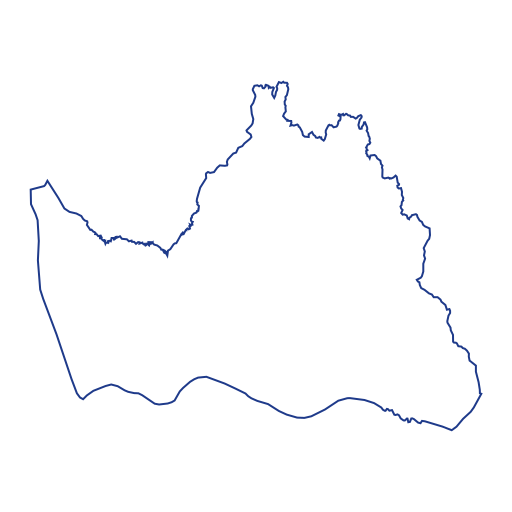 Nakay, Khammouan, Laos
{"feature_id": "54806243B86213796006306", "entity_name": "Nakay", "entity_type": "district", "adm_level": 2, "iso_a3": "LAO", "parent_name": "Laos", "parent_adm1": "Khammouan", "projection": "robinson", "projection_center": [105.229, 17.931], "detail": "fine", "context": "isolated", "style": "outline", "palette": "blue", "viewbox_px": 512, "rotation_deg": 0, "n_neighbors": 0, "source": "geoboundaries", "source_scale": "gbopen_adm2", "svg_char_len": 6050}
<svg xmlns="http://www.w3.org/2000/svg" viewBox="0 0 512 512"><path d="M481.3,393.8L479.9,393.2L479.8,389.8L478.6,382.2L475.9,371.7L475.9,365.6L469.6,360.6L468.8,356.7L468.9,353.6L466.9,350.6L464.8,348.7L462.8,348.1L461.4,346.6L458.3,346.2L456.9,343.4L455.9,342.7L454.0,342.6L453.1,341.7L453.0,334.9L450.8,330.3L450.5,327.6L447.5,322.7L447.3,321.2L448.5,315.6L450.1,313.0L450.1,310.7L449.4,309.1L446.9,309.7L445.4,305.0L441.4,301.7L440.5,299.6L437.6,297.2L433.7,297.2L431.9,294.5L429.0,293.4L424.5,289.8L421.2,288.1L419.8,285.0L419.4,282.3L417.9,281.5L416.8,279.8L420.8,277.7L421.9,276.2L423.3,271.5L423.3,263.7L425.1,258.6L424.0,255.4L424.8,251.5L423.7,248.1L427.6,240.7L429.2,238.8L430.0,235.1L429.6,228.4L425.0,226.4L423.2,224.9L421.9,221.9L419.6,220.5L417.4,216.8L417.0,215.0L415.9,214.2L411.9,215.2L411.2,216.5L409.3,217.9L409.1,219.2L407.7,218.5L406.8,215.5L404.1,214.3L402.7,214.7L401.2,213.0L402.6,210.0L401.2,208.5L400.5,206.4L401.5,205.2L401.9,201.9L403.2,200.5L402.8,200.0L403.3,198.0L401.8,195.0L402.0,191.8L401.0,188.1L398.9,188.5L397.6,187.5L397.3,185.7L399.0,184.8L399.1,184.1L397.7,182.6L396.7,176.7L395.6,175.6L393.5,177.5L391.2,178.5L390.0,178.1L389.7,178.6L388.3,177.6L384.7,178.4L382.7,177.5L382.3,176.5L382.5,169.5L381.9,167.3L382.5,165.7L381.0,164.0L380.4,160.7L377.2,158.4L376.1,156.2L374.6,155.0L370.5,155.5L369.7,158.3L369.0,156.9L367.3,155.8L367.3,154.7L366.2,153.3L366.5,152.2L366.1,151.1L367.5,150.1L366.5,148.9L366.6,147.6L366.2,147.4L367.8,144.5L369.4,144.1L370.3,142.7L369.4,140.9L369.8,138.7L369.2,136.6L368.6,136.0L368.1,133.1L366.6,130.6L367.3,129.3L367.1,127.3L365.0,122.2L364.0,122.4L363.6,124.5L361.8,127.0L361.7,128.6L360.1,128.9L359.4,128.5L358.4,125.0L359.8,119.7L361.5,117.5L361.7,116.2L360.8,115.1L358.2,116.2L357.1,117.7L355.7,118.6L353.2,116.9L350.8,116.9L350.1,115.6L348.1,115.3L346.7,114.0L346.1,113.8L344.0,115.4L343.3,115.3L343.0,114.0L341.1,114.9L339.0,114.1L338.4,115.5L340.6,116.6L340.4,119.4L339.9,120.5L339.0,120.6L338.1,122.3L338.3,123.1L337.3,125.7L336.5,126.6L333.6,127.3L331.6,125.2L329.8,125.3L329.3,124.8L328.5,125.3L325.8,130.5L325.7,132.6L326.2,134.4L324.8,139.1L323.7,140.6L321.3,138.8L321.2,137.4L320.0,137.5L319.5,136.9L317.7,137.9L315.9,137.5L315.2,136.0L313.5,134.8L312.0,132.0L308.7,134.3L308.7,137.0L304.6,136.6L302.9,135.1L302.2,131.9L299.8,127.4L298.6,126.6L298.4,125.4L297.3,124.5L293.9,125.6L292.2,125.1L290.5,125.6L291.4,122.7L291.2,121.0L287.3,120.8L287.5,119.8L286.2,119.5L283.1,116.1L284.1,113.6L285.8,111.4L285.4,107.3L285.7,105.8L284.8,104.5L284.6,101.6L285.7,99.4L285.4,97.0L286.9,95.1L288.3,89.2L288.0,87.3L287.0,85.8L287.7,84.0L287.0,82.8L284.1,82.7L283.3,81.8L281.4,83.0L278.9,82.1L276.5,86.8L277.2,88.2L277.1,89.9L276.0,91.9L275.3,95.5L274.2,97.9L272.2,94.5L272.3,92.0L273.9,88.0L273.1,87.3L270.6,87.8L269.9,87.0L268.8,87.9L268.5,85.8L265.9,84.8L265.4,85.3L265.6,86.5L264.0,88.3L262.7,88.1L261.8,85.7L260.9,85.3L259.1,86.3L257.4,85.3L254.4,85.8L252.8,89.2L252.8,90.2L255.2,94.9L255.4,96.7L253.3,102.8L251.0,106.3L251.8,113.9L253.3,119.1L252.9,121.5L252.6,123.4L251.3,125.5L246.5,130.4L247.0,131.8L250.7,134.5L251.4,137.0L249.9,138.9L244.3,143.5L242.3,146.1L238.3,147.8L236.1,152.6L233.3,153.5L227.7,159.5L226.9,161.9L227.4,164.5L227.1,165.4L224.9,165.8L219.8,165.4L217.2,167.7L214.0,172.1L210.1,172.9L208.0,172.0L206.2,173.3L205.9,174.0L206.2,178.1L200.2,187.6L197.0,198.8L196.7,201.2L196.9,202.1L197.6,202.5L197.3,204.4L198.9,205.9L198.6,209.1L198.3,209.2L198.4,210.7L197.7,211.3L197.0,211.1L196.4,212.6L194.0,213.5L191.9,215.9L191.9,217.6L191.3,217.8L190.9,218.8L191.0,220.6L191.8,221.7L192.7,221.9L192.0,223.3L192.4,224.7L191.0,225.1L190.1,224.6L190.6,226.0L190.3,226.2L189.8,225.6L189.3,226.0L190.0,228.6L188.7,229.3L187.4,228.5L186.4,229.5L186.4,230.2L185.8,230.1L184.2,233.0L183.5,232.7L183.5,234.2L182.6,234.4L182.3,233.4L181.7,234.4L181.4,234.1L176.3,243.2L174.8,243.4L173.6,244.3L170.3,249.2L168.0,250.6L167.3,255.6L166.5,254.1L166.4,251.9L164.6,251.8L165.9,253.5L164.2,252.7L163.3,250.9L164.2,250.4L162.6,249.6L161.3,249.7L160.3,247.8L157.3,245.5L154.2,244.6L152.8,243.3L152.7,242.3L151.0,243.7L150.6,243.1L151.4,242.8L151.3,242.2L148.4,242.1L148.4,243.3L149.5,243.8L149.1,245.4L146.9,243.6L145.7,244.4L145.9,245.3L145.5,245.5L144.8,243.9L144.1,244.5L142.7,243.5L142.4,242.6L139.5,243.6L139.7,242.4L138.9,242.1L138.1,242.1L136.0,243.8L134.2,241.9L132.0,241.8L131.6,240.6L128.9,241.3L126.9,239.3L121.9,238.8L120.0,236.3L116.6,237.8L116.6,236.8L115.5,237.0L115.1,237.5L115.6,238.4L114.3,239.5L113.9,239.5L114.0,238.0L111.6,238.0L110.8,241.3L109.5,240.8L108.0,241.1L107.8,241.9L108.9,243.4L107.9,242.7L105.8,242.8L105.4,243.7L105.1,242.8L105.2,240.7L104.7,240.8L104.6,241.7L103.5,240.7L103.7,240.1L102.6,240.2L101.3,238.5L100.0,238.3L99.9,237.1L101.4,237.0L100.7,235.6L98.2,236.1L96.6,234.2L95.2,234.1L95.5,233.0L94.6,232.1L93.4,231.7L91.5,229.7L90.3,229.9L86.9,224.9L87.5,222.5L87.2,221.3L84.8,220.5L83.1,218.9L81.3,216.0L76.4,213.5L69.5,211.9L64.4,208.5L58.4,198.0L47.4,180.8L45.2,185.0L44.1,186.1L30.7,189.6L31.0,204.2L35.6,214.3L37.6,220.2L38.8,241.0L37.9,260.4L40.2,289.6L43.2,298.9L56.5,334.3L71.5,379.0L76.9,393.3L80.0,397.5L83.1,399.2L86.9,395.4L93.4,390.8L105.6,386.0L111.2,384.5L117.7,386.2L124.6,390.3L128.1,391.8L134.1,393.1L138.4,393.3L142.2,395.2L154.7,403.7L159.1,404.5L167.7,403.5L171.7,402.2L174.6,400.5L179.8,391.4L183.1,387.9L190.1,381.8L194.3,379.2L198.1,377.6L206.4,376.8L224.6,383.5L235.5,388.6L245.5,393.5L248.2,396.2L251.4,398.3L257.3,400.9L268.1,404.1L278.9,411.0L286.7,414.6L297.1,417.6L304.4,417.9L311.3,416.3L325.0,409.5L338.3,400.7L347.3,398.2L349.8,398.1L364.5,400.0L374.1,403.1L381.3,407.5L382.9,409.7L384.8,410.8L385.5,410.8L386.9,408.9L387.9,409.1L389.4,410.7L392.0,410.1L394.3,414.7L395.5,415.0L397.5,414.4L399.0,415.3L400.7,418.4L403.5,420.4L404.8,420.5L407.0,418.5L407.5,418.6L408.3,422.2L409.9,421.9L411.3,418.5L412.3,418.4L413.9,419.1L418.1,422.6L420.5,423.2L422.0,420.9L424.9,421.3L442.5,426.6L451.7,430.2L456.5,426.7L463.1,418.8L470.7,411.8L473.8,407.5L481.3,393.8Z" fill="none" stroke="#1e3a8a" stroke-width="2"/></svg>